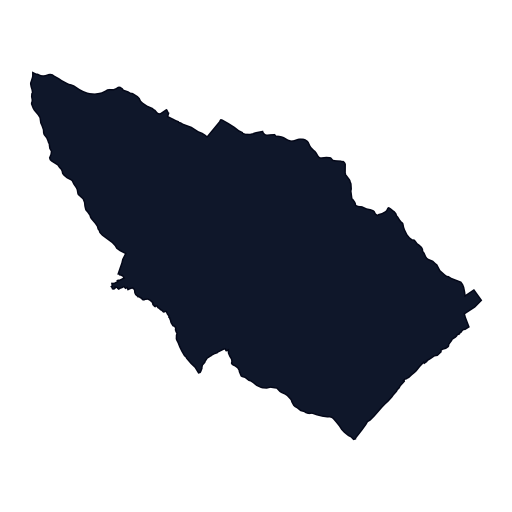 Plopana, Bacau, Romania
{"feature_id": "2599482B77085245724303", "entity_name": "Plopana", "entity_type": "district", "adm_level": 2, "iso_a3": "ROU", "parent_name": "Romania", "parent_adm1": "Bacau", "projection": "albers", "projection_center": [27.232, 46.669], "detail": "fine", "context": "isolated", "style": "filled", "palette": "ink", "viewbox_px": 512, "rotation_deg": 0, "n_neighbors": 0, "source": "geoboundaries", "source_scale": "gbopen_adm2", "svg_char_len": 5994}
<svg xmlns="http://www.w3.org/2000/svg" viewBox="0 0 512 512"><path d="M432.7,261.3L428.1,259.4L426.7,258.4L425.5,256.7L424.0,253.2L422.6,251.4L422.4,249.3L421.4,247.4L418.9,245.1L417.0,243.8L415.1,241.2L414.0,240.1L412.3,240.1L409.3,237.9L406.8,234.8L404.4,229.9L403.5,227.3L402.8,223.8L402.4,223.1L401.2,222.2L399.4,220.0L397.7,217.2L396.5,215.9L395.8,213.8L394.2,211.8L392.9,210.9L390.6,209.0L388.7,207.8L388.0,208.2L386.8,210.6L385.7,211.7L382.1,213.7L378.7,214.6L377.3,215.5L375.3,214.0L374.1,211.6L373.1,210.8L370.5,209.8L366.5,209.0L361.9,206.9L358.4,206.6L356.4,205.9L355.5,205.3L355.2,203.5L354.6,202.2L352.8,199.6L351.7,198.7L351.7,197.7L350.8,191.1L351.2,189.0L350.9,183.9L349.9,181.3L349.8,180.6L349.2,179.6L346.2,175.6L345.5,175.2L345.5,174.2L345.1,173.0L345.2,164.5L344.9,163.5L344.3,162.6L343.5,161.8L343.0,161.5L342.1,161.7L340.7,161.2L335.6,160.9L332.7,160.4L330.9,158.2L330.1,157.8L326.4,157.5L320.7,158.1L319.2,157.6L317.9,156.2L316.1,153.1L314.8,151.4L313.6,150.5L310.8,147.6L309.8,146.1L308.1,142.4L307.2,141.3L304.9,139.8L303.1,139.3L299.9,139.2L298.3,139.4L293.8,140.9L291.1,141.2L287.8,140.2L283.6,137.7L281.6,137.0L278.6,136.4L275.8,136.3L274.6,134.7L270.6,134.9L266.9,135.3L265.7,135.0L265.0,134.8L263.6,133.5L262.8,132.3L262.6,131.5L256.3,132.7L254.1,133.3L254.2,133.7L251.2,134.2L251.1,134.5L245.3,134.4L242.6,133.4L242.3,132.6L238.5,130.7L234.3,127.4L228.3,123.6L222.1,120.1L221.4,119.9L220.7,119.9L220.1,120.8L220.1,121.3L207.3,136.8L206.7,136.7L205.2,135.4L202.1,133.4L198.1,131.8L191.3,127.4L182.8,124.3L180.7,123.0L178.7,122.4L178.3,121.7L175.9,120.8L167.6,116.6L168.6,113.2L168.2,113.0L166.8,110.1L166.4,109.8L160.8,113.6L159.3,114.0L157.8,113.5L156.8,112.7L154.9,110.4L153.6,109.7L152.3,108.5L146.9,106.2L142.5,103.2L140.4,101.2L139.2,98.6L137.4,96.7L132.5,93.6L130.2,93.3L128.0,91.9L123.6,90.4L123.0,90.0L122.3,88.9L120.1,87.4L119.5,87.3L118.3,87.4L116.1,88.8L113.5,89.8L109.5,89.7L107.4,90.0L105.7,91.1L101.8,93.0L98.8,93.6L94.8,94.2L89.9,93.8L87.1,93.2L83.0,91.6L79.2,89.6L73.8,86.0L70.9,84.9L68.9,84.5L67.0,83.6L61.4,80.6L58.8,78.8L54.1,76.2L52.3,74.9L50.2,74.5L49.0,74.6L45.6,75.7L43.7,76.0L41.5,75.9L39.8,75.4L37.6,74.3L36.0,74.2L32.8,72.6L32.8,75.8L32.6,77.2L31.5,80.8L30.8,82.8L30.7,83.9L31.2,86.7L32.1,89.6L32.6,92.6L31.9,93.8L31.8,95.3L31.7,96.6L32.3,99.9L32.2,101.4L31.7,102.8L31.6,103.9L33.2,108.0L34.4,110.1L38.2,114.6L40.1,117.6L40.8,122.8L42.1,125.7L43.5,129.7L43.7,132.8L44.2,134.5L46.8,137.8L48.0,140.6L48.5,142.3L49.4,144.0L49.4,145.0L49.9,148.4L51.5,151.2L51.1,154.4L49.7,157.8L50.3,159.7L51.7,161.0L57.9,164.9L59.6,167.4L61.4,169.3L62.2,171.0L62.7,173.4L64.0,175.1L67.1,177.7L71.4,179.9L72.3,180.7L73.9,184.0L76.5,187.8L77.3,189.6L78.0,193.6L78.4,194.5L83.2,198.8L84.6,202.4L85.0,206.1L85.7,209.1L86.1,210.1L87.8,212.0L90.1,215.3L90.5,216.9L91.3,218.4L95.4,223.2L97.5,226.3L98.2,229.0L99.3,230.4L99.9,232.3L100.3,232.8L102.4,235.1L112.4,242.5L115.3,245.6L116.8,248.2L120.1,250.6L125.8,253.5L122.8,259.4L122.0,262.9L118.2,273.9L119.2,274.0L119.6,274.8L120.8,275.0L121.7,275.5L122.3,275.3L124.2,278.0L119.6,280.3L118.0,280.3L117.3,280.7L117.9,281.6L114.3,283.4L111.9,283.4L112.3,285.9L111.3,286.6L112.1,287.5L112.5,288.8L113.9,289.0L115.1,288.1L115.1,287.0L117.7,287.7L117.7,288.3L118.7,289.1L120.8,287.8L121.5,287.8L124.0,286.5L125.5,288.3L127.1,287.4L128.0,289.6L129.8,288.7L132.7,287.7L133.0,288.4L134.1,289.1L134.6,290.1L134.9,292.7L135.7,294.5L136.9,295.6L137.7,296.0L137.9,296.7L139.3,296.8L140.6,297.9L141.3,297.8L142.2,299.2L143.0,299.8L144.1,299.8L145.1,299.3L147.8,299.0L149.9,300.1L152.9,302.7L152.6,303.0L153.0,303.6L152.8,304.0L153.2,304.9L154.2,305.6L154.3,306.1L155.1,306.6L155.6,305.9L157.3,306.2L157.5,306.9L158.1,307.7L159.2,308.3L160.6,309.7L161.9,310.3L163.2,311.7L163.8,312.0L165.3,311.4L166.4,311.6L167.4,313.9L169.0,316.1L168.9,317.2L169.7,318.0L170.0,319.1L170.4,319.8L171.1,322.6L173.0,325.7L174.6,326.3L175.7,327.9L175.5,330.0L176.0,330.7L176.0,331.6L177.0,333.0L176.9,334.0L176.5,335.2L176.4,338.8L176.8,340.0L178.2,342.7L179.8,346.8L181.9,351.1L184.5,355.6L186.3,357.2L186.6,358.1L191.1,363.4L195.2,367.3L198.6,372.9L200.1,372.4L200.7,371.4L201.9,368.3L201.9,366.8L202.2,366.0L202.3,365.1L204.7,362.4L205.1,361.2L207.2,358.0L209.1,356.9L209.5,356.4L210.8,355.9L211.5,355.2L214.2,353.7L217.2,352.7L217.8,352.0L223.9,349.0L225.4,349.0L226.0,350.6L226.7,350.7L228.4,349.8L228.4,350.9L228.7,351.4L228.4,351.8L228.6,353.3L229.9,356.3L231.5,358.9L232.0,361.3L231.7,362.4L231.6,363.3L232.1,364.1L233.1,364.9L235.1,365.8L237.8,367.8L239.3,370.4L239.4,371.6L241.2,375.9L242.2,376.5L245.1,377.3L248.9,380.3L250.9,380.9L253.0,382.3L256.7,385.3L261.1,387.3L262.5,387.7L266.6,388.0L270.4,387.1L275.6,387.9L276.3,387.8L277.1,388.3L280.0,391.4L281.4,392.3L285.2,394.0L287.4,395.5L290.8,399.2L291.4,400.1L291.9,401.8L293.8,405.3L295.1,406.5L297.4,407.8L300.7,410.5L304.4,411.5L305.8,412.5L307.9,413.2L309.5,413.4L311.3,413.1L312.8,413.3L316.8,414.7L322.5,416.1L327.5,416.8L329.7,416.7L331.8,417.3L333.3,418.4L336.5,422.1L339.6,426.0L341.7,429.3L344.5,432.3L348.5,435.5L351.1,436.8L353.6,439.4L355.5,438.8L355.5,438.0L361.6,430.2L365.8,424.4L367.4,421.6L370.0,420.1L373.9,416.2L382.1,406.8L385.0,403.8L387.9,401.2L391.8,396.9L393.1,395.0L396.4,391.3L397.3,389.6L398.9,388.1L400.2,385.7L404.3,381.2L404.2,380.9L403.4,380.4L405.1,379.0L406.5,378.7L407.5,377.9L408.6,377.5L411.7,374.6L414.4,372.4L416.1,370.8L419.7,366.3L423.8,362.0L424.3,363.2L426.7,361.5L426.4,361.0L430.6,358.4L434.3,355.8L437.3,355.3L441.0,351.8L440.9,350.2L442.7,349.1L445.7,348.3L448.0,346.7L448.4,346.2L448.8,344.1L451.6,340.4L452.0,339.3L455.4,337.1L456.6,335.9L457.1,334.9L458.6,333.9L458.9,334.2L459.7,333.5L459.9,332.4L461.1,332.1L462.2,330.4L463.7,329.4L464.9,329.4L468.9,326.9L465.2,317.2L464.3,313.8L474.7,307.0L481.3,300.3L473.9,290.0L465.0,296.0L464.6,292.3L463.6,287.3L462.5,284.6L460.8,282.2L451.0,278.4L448.4,276.7L446.7,276.5L444.6,275.0L439.8,270.7L436.7,264.8L435.4,263.9L432.7,261.3Z" fill="#0f172a" stroke="#020617" stroke-width="1.5"/></svg>